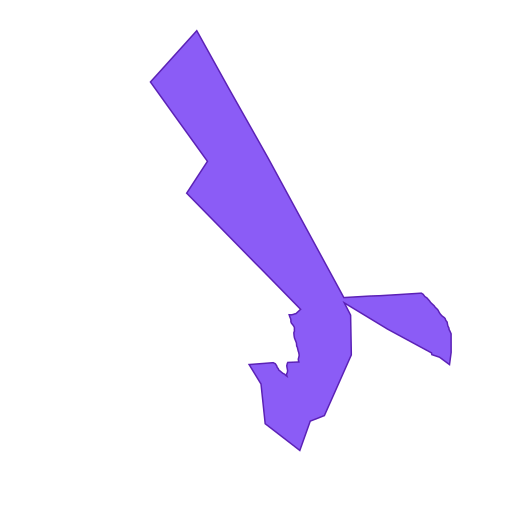 outline of Sebastião Leal, Piauí, Brazil, rotated 139°
{"feature_id": "56859067B27989040236964", "entity_name": "Sebastião Leal", "entity_type": "district", "adm_level": 2, "iso_a3": "BRA", "parent_name": "Brazil", "parent_adm1": "Piauí", "projection": "equal_earth", "projection_center": [-44.056, -7.769], "detail": "fine", "context": "isolated", "style": "filled", "palette": "violet", "viewbox_px": 512, "rotation_deg": 139, "n_neighbors": 0, "source": "geoboundaries", "source_scale": "gbopen_adm2", "svg_char_len": 1572}
<svg xmlns="http://www.w3.org/2000/svg" viewBox="0 0 512 512"><g transform="rotate(139 256 256)"><path d="M172.0,55.2L159.8,69.3L158.9,72.2L158.5,73.9L157.7,75.0L157.1,77.3L156.0,79.3L155.1,80.7L155.0,82.9L154.3,84.7L154.3,85.9L154.9,88.5L155.0,91.0L154.9,92.2L154.6,93.9L154.2,95.4L154.1,96.7L154.4,99.9L154.2,101.6L154.6,105.3L154.7,106.6L154.5,108.1L154.5,112.2L155.2,114.6L155.0,117.5L155.6,119.5L173.8,133.4L187.7,144.1L188.6,144.8L196.5,151.2L217.0,167.0L198.5,250.5L182.6,322.1L182.1,324.5L181.4,327.9L166.6,400.3L152.9,464.9L208.8,458.1L221.5,456.6L225.4,415.1L229.8,367.2L230.5,359.3L267.1,348.9L261.2,250.8L260.7,243.8L257.3,186.5L263.7,186.3L265.1,187.1L266.1,187.4L267.9,188.4L269.5,189.9L270.2,188.4L271.1,185.8L271.9,184.5L272.8,183.5L273.3,182.2L273.4,179.6L273.6,177.8L274.1,176.6L275.5,175.1L276.3,174.0L277.4,173.6L278.3,172.6L279.6,170.8L280.7,169.0L281.6,166.5L282.5,163.9L284.4,161.3L284.7,160.0L286.4,156.8L287.1,155.1L287.8,153.9L288.6,152.7L289.6,151.9L291.8,150.4L292.6,149.1L293.2,147.9L301.8,154.8L302.8,154.4L303.8,153.7L304.8,153.0L305.5,151.9L306.5,150.2L307.3,148.8L308.8,147.5L309.9,147.1L311.0,146.2L311.5,145.0L311.9,146.6L311.9,148.0L312.7,149.8L313.0,151.5L313.2,153.1L313.6,155.0L313.1,156.5L313.1,158.0L312.5,159.3L312.1,162.0L313.0,164.2L329.6,176.5L332.4,178.6L336.2,156.1L359.1,123.4L350.9,82.5L350.5,80.5L323.4,95.8L309.1,90.7L286.8,101.1L249.0,118.8L247.1,121.0L223.4,149.3L220.1,162.7L205.4,116.8L204.9,115.1L187.1,67.7L188.0,66.2L183.9,59.2L181.2,47.1L172.0,55.2Z" fill="#8b5cf6" stroke="#5b21b6" stroke-width="1.5"/></g></svg>